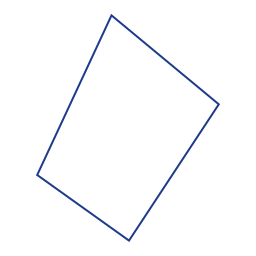 outline of Vlahita, Harghita, Romania
{"feature_id": "2599482B7850722509394", "entity_name": "Vlahita", "entity_type": "district", "adm_level": 2, "iso_a3": "ROU", "parent_name": "Romania", "parent_adm1": "Harghita", "projection": "orthographic", "projection_center": [25.464, 46.349], "detail": "fine", "context": "isolated", "style": "outline", "palette": "blue", "viewbox_px": 256, "rotation_deg": 0, "n_neighbors": 0, "source": "geoboundaries", "source_scale": "gbopen_adm2", "svg_char_len": 185}
<svg xmlns="http://www.w3.org/2000/svg" viewBox="0 0 256 256"><path d="M218.8,104.3L111.5,15.4L37.2,175.0L129.0,240.6L218.8,104.3Z" fill="none" stroke="#1e3a8a" stroke-width="2"/></svg>